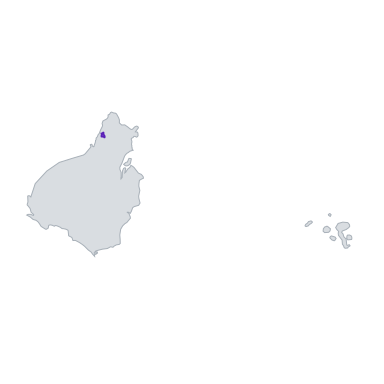 location of Centinela del Condor, Zamora Chinchipe, Ecuador, rotated 185°
{"feature_id": "8360857B40845623315832", "entity_name": "Centinela del Condor", "entity_type": "district", "adm_level": 2, "iso_a3": "ECU", "parent_name": "Ecuador", "parent_adm1": "Zamora Chinchipe", "projection": "robinson", "projection_center": [-78.739, -3.948], "detail": "fine", "context": "in_parent", "style": "filled", "palette": "violet", "viewbox_px": 384, "rotation_deg": 185, "n_neighbors": 0, "source": "geoboundaries", "source_scale": "gbopen_adm2", "svg_char_len": 4886}
<svg xmlns="http://www.w3.org/2000/svg" viewBox="0 0 384 384"><g transform="rotate(185 192 192)"><path d="M354.6,154.6L353.5,155.4L350.8,155.7L348.6,154.9L347.8,154.9L347.7,155.7L350.5,157.8L351.8,161.4L353.8,163.6L355.0,164.7L355.1,165.5L354.7,166.9L354.6,168.1L355.3,173.6L354.8,174.0L353.3,174.0L352.1,173.0L348.9,186.7L338.5,200.2L326.8,209.9L313.2,215.5L303.3,219.4L301.7,220.8L296.9,227.7L296.6,228.3L297.3,229.5L297.4,230.3L296.6,230.7L296.0,230.8L295.7,230.4L295.5,229.6L294.9,228.8L294.1,228.5L293.6,228.7L293.6,229.5L292.6,233.2L292.6,235.0L292.1,235.7L292.2,237.3L291.1,238.8L290.4,241.2L289.6,242.0L288.5,245.8L287.0,249.6L286.9,251.0L287.4,251.9L287.5,252.6L286.9,255.0L283.4,257.3L282.5,258.4L282.1,259.7L282.3,260.8L282.2,261.6L281.1,262.0L280.0,264.1L279.1,264.6L276.9,263.9L275.3,263.9L274.0,263.2L271.6,259.6L270.6,257.4L270.4,254.5L267.9,252.6L264.8,253.0L263.8,252.4L261.5,251.1L259.5,249.7L258.0,249.0L256.8,249.3L254.9,251.7L253.1,252.8L252.3,252.7L251.2,252.0L251.0,251.2L253.7,247.0L251.7,246.9L251.0,246.0L250.9,245.0L250.6,243.9L251.0,242.5L252.0,241.8L253.6,242.4L254.7,242.4L255.4,241.2L256.9,240.2L257.2,239.5L256.4,237.5L256.2,236.4L256.4,235.8L256.3,233.6L255.9,232.8L255.9,231.5L255.5,230.9L255.3,229.3L254.3,228.5L257.6,227.1L258.7,225.9L260.2,224.9L261.5,223.3L262.3,221.8L264.3,214.7L266.1,210.3L265.8,208.2L264.3,205.3L263.9,201.0L264.1,199.7L263.9,198.8L262.8,200.5L263.1,206.8L262.2,209.6L260.9,210.3L260.1,209.8L260.6,205.2L259.7,206.0L258.2,209.1L255.8,211.4L255.7,212.2L255.1,213.2L253.2,212.3L251.8,211.3L247.1,206.2L244.0,205.1L242.2,203.3L241.8,202.5L241.6,201.5L243.5,200.4L245.4,199.0L245.6,195.8L245.5,193.2L244.1,189.0L244.8,183.3L244.4,181.1L242.8,176.5L244.0,174.1L248.3,172.4L249.7,171.3L250.7,167.6L251.6,165.4L253.6,166.3L255.1,166.2L253.1,165.3L251.4,162.0L251.1,160.5L254.3,155.9L256.0,154.7L258.1,152.3L259.8,148.7L260.2,142.9L259.5,138.8L259.0,134.5L260.0,133.4L262.6,132.8L264.8,131.4L265.9,130.1L268.4,130.3L271.4,128.3L276.1,127.3L282.6,125.0L284.1,123.0L283.4,119.4L285.8,121.6L287.0,123.2L290.3,125.2L294.3,128.6L296.9,130.3L299.8,131.9L303.9,133.6L306.4,133.3L307.5,135.9L308.5,136.6L310.8,137.5L311.1,137.8L312.0,142.6L312.5,143.3L314.6,144.0L317.1,144.3L318.2,144.2L320.4,145.5L323.8,146.6L325.0,146.7L325.6,146.5L325.8,146.0L326.8,146.1L328.3,146.7L330.5,146.9L331.8,146.3L332.1,143.6L332.6,143.0L334.1,142.1L334.9,142.3L339.0,144.4L339.8,145.1L340.8,146.6L342.7,148.8L344.8,150.2L347.9,150.8L351.0,153.0L354.6,154.6ZM36.3,151.6L37.6,153.1L38.3,157.2L42.3,161.6L42.8,164.0L42.4,165.1L42.6,165.6L44.5,167.3L45.8,169.1L43.7,173.4L39.2,175.1L34.4,175.1L33.5,174.6L32.2,173.0L31.9,171.6L32.7,170.2L35.1,168.1L38.9,166.2L39.4,164.8L37.9,163.4L36.8,160.6L34.4,158.6L33.2,152.7L32.4,152.4L30.8,153.2L30.0,152.5L29.9,152.1L31.6,150.8L32.0,149.8L34.6,149.3L35.7,150.1L36.3,151.6ZM55.0,169.6L54.0,169.6L50.9,167.4L51.1,165.3L52.3,163.8L56.3,163.1L58.0,164.4L57.9,167.0L56.5,168.9L55.4,169.2L55.0,169.6ZM258.1,219.2L257.7,220.0L255.8,220.0L255.3,219.7L255.8,215.5L256.3,214.2L257.8,212.9L259.1,212.3L260.8,212.4L262.5,213.6L260.5,215.7L258.9,216.3L258.1,219.2ZM33.3,162.6L31.3,162.9L29.6,162.2L28.9,161.0L28.7,159.2L28.9,158.6L32.6,157.9L33.8,159.4L33.8,161.7L33.3,162.6ZM73.3,172.7L70.9,173.6L69.6,172.8L69.5,172.2L70.8,170.8L72.1,170.0L73.2,168.4L75.3,167.5L75.9,167.7L76.3,168.0L76.4,168.6L75.7,169.9L74.5,170.8L73.3,172.7ZM50.3,159.7L49.3,160.4L45.6,159.6L44.4,158.3L45.3,156.5L46.1,155.8L48.4,156.4L50.7,158.4L50.3,159.7ZM53.3,182.4L52.5,182.4L51.4,181.4L52.2,179.7L53.8,180.6L54.2,181.3L53.3,182.4ZM282.4,123.9L281.3,124.1L280.8,123.0L282.1,121.8L282.6,121.5L282.4,123.9Z" fill="#d9dde1" stroke="#a8b0b8" stroke-width="1"/><path d="M286.9,239.3L286.9,239.2L286.3,239.2L285.8,239.2L285.5,239.2L285.4,239.2L285.2,239.2L285.2,239.3L284.9,239.3L284.7,239.3L284.6,239.2L284.4,239.0L284.3,238.9L284.3,238.7L284.2,238.6L283.8,238.7L283.8,238.8L283.8,239.0L283.7,239.0L283.7,239.3L283.7,239.5L283.8,239.5L283.8,239.8L283.8,240.0L284.0,240.2L284.0,240.3L284.3,240.3L284.3,240.5L284.4,240.8L284.5,240.8L284.7,241.0L284.9,241.0L285.0,241.1L284.9,241.1L284.9,241.3L284.8,241.5L284.9,241.8L284.9,242.0L285.0,242.1L285.1,242.3L285.2,242.5L285.3,242.6L285.3,242.8L285.2,242.9L285.2,243.0L285.3,243.0L285.2,243.1L285.2,243.3L285.2,243.5L285.3,243.6L285.5,243.6L285.5,243.4L285.8,243.4L286.0,243.3L286.0,243.2L286.2,242.9L286.3,242.7L286.5,242.6L286.7,242.4L286.8,242.4L287.0,242.3L287.1,242.2L287.1,242.3L287.1,242.2L287.3,242.2L287.2,242.0L287.2,241.9L287.3,241.9L287.2,241.9L287.2,242.0L287.1,241.9L287.1,241.7L287.0,241.4L287.1,241.2L287.0,241.3L287.0,241.2L286.9,241.2L286.9,240.9L287.0,240.9L287.0,241.0L287.1,240.9L287.0,240.7L286.9,240.7L286.7,240.6L286.8,240.4L286.9,240.2L287.0,240.0L286.9,240.0L286.9,239.9L286.8,239.7L287.0,239.7L286.9,239.5L286.9,239.4L286.9,239.3Z" fill="#8b5cf6" stroke="#5b21b6" stroke-width="1.5"/></g></svg>